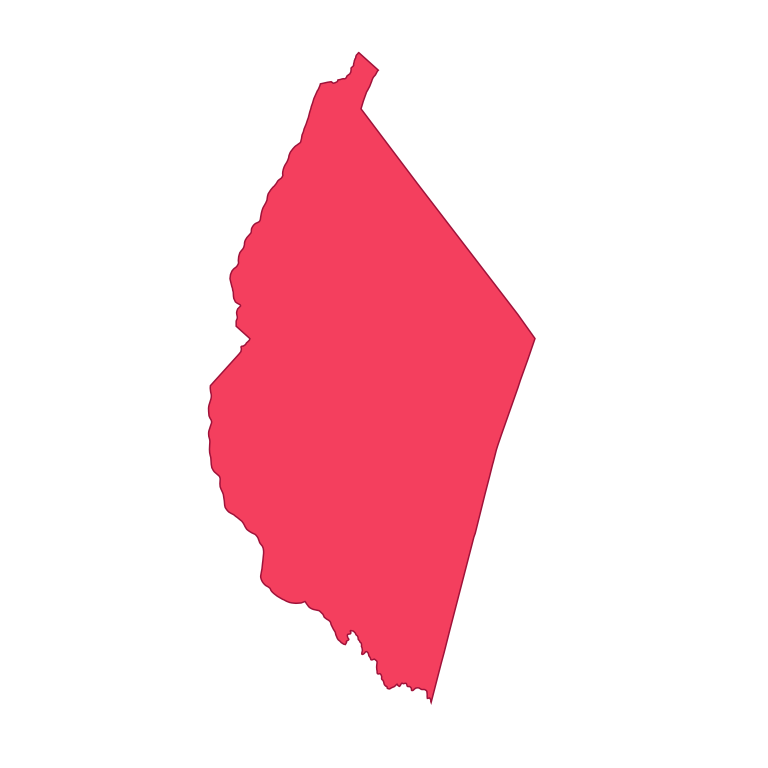 Bura, Coast, Kenya, rotated 222°
{"feature_id": "3690345B15022807723985", "entity_name": "Bura", "entity_type": "district", "adm_level": 2, "iso_a3": "KEN", "parent_name": "Kenya", "parent_adm1": "Coast", "projection": "robinson", "projection_center": [39.288, -0.652], "detail": "fine", "context": "isolated", "style": "filled", "palette": "rose", "viewbox_px": 768, "rotation_deg": 222, "n_neighbors": 0, "source": "geoboundaries", "source_scale": "gbopen_adm2", "svg_char_len": 6159}
<svg xmlns="http://www.w3.org/2000/svg" viewBox="0 0 768 768"><g transform="rotate(222 384 384)"><path d="M238.4,164.5L238.9,166.8L239.2,167.1L239.7,167.5L239.6,168.3L239.1,170.0L239.2,170.6L239.6,170.9L241.0,171.2L241.9,171.7L243.1,172.7L243.4,173.4L243.4,173.7L243.0,174.3L241.9,175.7L241.9,176.4L242.0,176.7L242.2,177.0L243.3,177.5L243.8,178.0L243.9,178.3L243.6,178.7L242.9,178.9L242.0,179.6L241.2,179.9L240.2,179.8L238.6,179.7L237.4,179.1L236.8,178.9L235.1,179.0L233.4,178.1L232.6,177.2L232.0,176.9L230.9,176.8L230.3,176.7L228.9,176.1L227.9,176.2L227.2,176.0L226.0,175.0L225.2,173.9L223.9,173.3L221.9,171.7L221.4,170.9L220.4,169.1L219.8,168.5L219.5,168.4L219.3,168.5L219.0,168.7L218.6,169.5L218.4,170.7L218.5,172.5L218.2,173.1L217.8,173.5L217.0,173.6L215.9,173.5L214.3,172.6L213.4,171.9L211.2,171.4L210.7,171.2L209.6,170.5L209.2,170.4L208.7,170.6L208.2,171.1L207.2,173.0L206.5,173.2L204.2,173.3L203.5,173.0L202.8,172.4L201.1,170.0L200.0,168.6L198.2,166.9L197.1,166.1L196.3,165.2L195.4,164.5L195.1,164.4L194.5,164.5L194.1,164.8L193.2,166.0L192.5,166.1L191.8,166.0L189.9,165.0L188.7,163.5L188.1,163.1L187.5,163.0L186.6,163.1L185.6,162.7L184.8,162.3L183.4,161.3L182.4,160.8L180.6,160.6L179.9,161.0L179.5,161.0L178.9,160.8L178.0,160.1L177.7,160.1L176.4,160.7L175.9,161.1L175.7,161.4L175.1,163.4L173.9,165.9L173.7,167.1L173.6,169.4L173.4,169.7L173.1,169.7L172.2,169.3L170.3,169.5L170.1,169.8L170.2,171.1L170.5,172.1L170.6,173.4L170.4,173.7L170.1,173.9L169.2,174.1L168.0,175.7L167.4,176.2L167.1,176.3L166.6,176.2L164.6,175.0L164.3,175.0L163.7,175.2L162.7,176.2L162.1,176.4L160.9,176.3L160.2,176.2L158.6,174.8L158.3,174.8L157.6,175.4L157.4,175.8L157.1,178.5L156.8,179.4L155.6,180.9L154.4,181.6L152.0,182.0L151.3,182.4L149.8,183.8L149.1,184.2L147.5,184.5L146.6,184.3L146.3,184.1L144.2,182.2L142.5,180.3L141.4,179.4L141.1,179.7L140.5,180.6L140.0,181.2L138.1,180.7L137.6,180.3L136.8,179.4L135.9,178.9L154.7,214.9L159.6,224.6L171.2,246.6L211.6,324.3L214.8,330.4L216.3,334.1L235.4,370.0L243.5,385.6L249.6,397.1L250.4,398.8L256.4,410.2L258.5,414.8L262.5,424.1L282.0,470.9L285.2,478.1L293.5,498.4L302.2,518.8L330.9,525.2L493.4,555.3L585.2,573.1L588.7,580.5L592.4,589.5L592.6,590.8L593.8,595.6L595.8,600.9L596.4,602.2L597.1,604.4L597.2,605.5L597.2,608.0L598.2,612.0L598.2,613.4L624.5,613.4L624.6,613.1L624.5,611.1L624.6,610.3L624.5,609.6L623.9,608.3L623.4,607.6L623.2,607.2L623.1,606.3L622.8,605.7L622.3,604.3L621.6,603.3L620.9,601.8L620.4,601.1L619.7,600.4L619.7,598.8L619.9,597.5L619.9,596.9L619.7,596.5L618.7,595.5L617.3,593.4L617.2,592.5L616.9,591.6L617.3,590.1L617.6,587.9L617.2,587.0L617.0,585.8L617.3,584.7L617.6,584.3L618.6,583.6L619.7,582.0L620.1,581.2L621.7,579.1L621.1,577.9L621.1,577.5L621.2,576.9L622.0,575.0L622.9,573.6L623.2,573.5L624.4,573.5L624.7,573.2L625.0,573.2L625.5,573.3L627.9,570.4L632.1,564.5L631.4,563.1L630.8,561.5L629.9,558.7L629.7,557.2L627.1,549.2L625.0,544.8L623.8,541.8L622.6,539.6L621.1,536.3L618.4,531.2L617.8,529.6L615.7,524.8L614.1,520.2L612.6,517.3L611.6,514.4L610.7,512.9L609.6,511.3L608.1,508.5L607.8,507.8L607.8,506.9L608.9,502.0L609.1,500.6L609.1,497.9L608.8,494.2L608.5,492.9L607.9,491.3L607.4,490.1L606.2,488.2L605.2,485.7L604.6,483.6L604.1,480.7L603.6,478.9L603.1,477.6L602.5,476.2L601.1,473.8L600.1,472.5L598.7,471.3L598.3,469.9L598.1,469.1L598.1,468.1L598.7,465.3L598.8,463.8L598.2,460.8L598.0,457.6L598.2,456.0L598.1,452.7L597.4,448.1L596.6,446.3L595.9,445.1L594.0,442.3L593.1,439.7L591.9,434.3L591.4,432.9L590.6,431.1L589.5,429.0L587.2,425.3L586.1,423.7L585.5,422.5L585.4,421.3L585.6,420.3L586.9,417.3L587.1,416.2L587.2,414.7L587.0,413.1L586.5,411.1L585.7,409.8L584.4,408.2L584.0,407.3L583.9,405.8L583.9,401.2L583.4,398.4L582.9,397.0L582.0,395.4L581.1,394.4L580.0,392.4L579.5,391.0L579.3,390.0L579.2,387.3L579.0,385.2L578.3,383.6L577.2,381.4L574.9,378.3L573.7,377.2L573.0,376.5L572.5,375.2L572.1,372.9L572.2,371.6L572.6,369.7L572.7,368.6L572.6,366.3L572.2,365.1L571.7,363.7L571.3,362.6L568.9,359.2L567.4,358.1L562.1,354.5L560.9,353.9L559.2,352.5L557.6,351.5L554.6,348.5L552.9,347.1L549.4,345.6L547.2,345.8L544.0,346.6L543.6,346.5L543.0,346.2L542.8,346.0L542.8,345.6L543.0,342.0L542.4,340.4L541.9,339.4L541.2,338.3L540.2,337.4L537.9,335.7L537.1,334.8L536.7,333.9L536.1,332.1L535.5,331.3L532.5,328.0L514.0,328.0L513.9,327.7L513.5,327.0L513.4,326.2L513.5,324.0L513.7,322.5L513.3,320.6L513.7,319.2L513.9,318.1L514.9,317.0L515.1,316.6L515.1,316.2L515.1,315.9L514.8,315.6L513.9,315.0L512.9,313.9L512.3,312.7L512.0,312.4L511.8,309.2L511.9,266.6L510.4,264.7L509.1,263.5L507.5,262.1L505.6,260.8L504.6,259.9L503.6,258.7L502.6,257.1L499.9,251.2L499.0,249.7L498.1,248.5L495.8,246.1L492.8,243.3L492.4,243.1L490.7,242.3L488.4,241.6L486.7,240.5L485.9,239.2L485.3,237.7L482.7,231.9L482.0,230.8L480.9,229.5L479.2,227.9L476.7,226.3L475.6,225.4L474.6,224.4L472.8,222.1L469.9,218.6L467.6,216.3L465.4,214.7L463.6,213.5L462.4,212.4L458.5,208.6L455.9,206.6L455.1,206.3L452.9,205.5L451.2,205.2L445.1,205.3L444.1,205.1L442.6,204.2L442.1,203.7L439.2,200.1L437.0,198.0L434.5,196.7L431.4,195.4L429.5,194.4L424.6,190.4L421.3,187.3L419.4,186.0L418.4,185.7L416.2,185.2L413.9,185.0L411.2,185.5L408.3,186.3L405.6,186.4L404.0,186.6L399.7,186.8L397.8,186.9L395.8,186.5L393.9,185.9L391.7,185.0L390.0,184.5L388.8,184.2L387.8,184.2L385.6,184.4L382.8,184.9L379.3,186.0L378.1,186.0L376.0,185.7L374.2,185.1L373.4,184.6L371.4,183.6L370.8,183.2L369.5,182.7L365.9,182.1L364.2,181.3L363.1,180.5L361.6,179.2L360.1,177.5L355.6,171.4L354.8,170.2L351.0,165.0L349.0,161.7L347.1,158.7L346.2,157.8L344.9,156.9L343.7,156.3L342.2,155.7L340.4,155.3L338.8,155.1L337.1,155.1L334.0,155.8L331.8,155.9L330.2,155.1L329.1,154.8L327.5,154.6L325.3,154.6L321.3,154.9L315.4,156.1L314.1,156.6L311.1,157.3L308.0,158.5L306.1,159.6L304.7,160.6L302.7,162.1L299.5,165.4L299.0,166.0L297.2,169.5L296.8,169.5L294.7,168.9L290.8,168.1L290.4,168.1L289.0,168.2L287.3,168.6L285.7,169.2L280.6,172.1L280.1,172.2L275.2,172.0L272.3,170.7L269.4,170.9L267.0,171.4L265.2,171.4L263.9,170.9L262.3,169.8L261.3,169.4L257.5,167.9L254.7,167.1L254.1,166.9L252.0,165.4L248.4,163.7L246.9,163.3L244.5,163.4L242.7,163.2L242.2,163.3L239.9,163.7L238.4,164.5Z" fill="#f43f5e" stroke="#9f1239" stroke-width="1.5"/></g></svg>